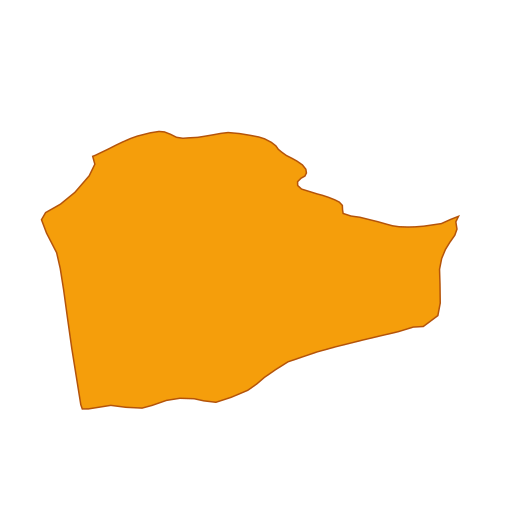 the district of Louetsi-Bibaka, Ngounié, Gabon, rotated 81°
{"feature_id": "22940354B39129548134605", "entity_name": "Louetsi-Bibaka", "entity_type": "district", "adm_level": 2, "iso_a3": "GAB", "parent_name": "Gabon", "parent_adm1": "Ngounié", "projection": "equal_earth", "projection_center": [12.206, -2.115], "detail": "fine", "context": "isolated", "style": "filled", "palette": "amber", "viewbox_px": 512, "rotation_deg": 81, "n_neighbors": 0, "source": "geoboundaries", "source_scale": "gbopen_adm2", "svg_char_len": 1486}
<svg xmlns="http://www.w3.org/2000/svg" viewBox="0 0 512 512"><g transform="rotate(81 256 256)"><path d="M248.5,49.8L250.3,58.0L253.0,67.9L252.8,85.6L252.1,94.3L251.2,101.2L249.5,110.1L247.5,116.5L245.0,122.1L241.1,130.5L238.2,137.4L234.0,147.3L231.4,155.9L227.6,163.3L224.1,163.3L219.5,162.8L215.8,165.3L212.9,169.3L209.4,175.2L206.5,180.8L204.3,185.8L199.9,194.7L197.0,200.6L192.9,203.8L189.1,203.3L186.2,199.3L184.7,195.2L181.9,193.2L178.1,193.2L173.3,195.9L168.6,200.8L165.3,205.0L161.4,210.4L157.4,214.4L154.1,217.3L150.4,219.1L146.2,223.0L141.6,229.2L138.9,234.6L136.1,242.3L132.5,253.1L129.7,264.2L129.4,271.4L129.6,279.5L129.7,287.9L129.7,295.0L128.8,303.7L128.3,309.8L126.3,316.0L122.4,321.4L119.1,327.1L117.8,332.3L117.8,341.1L119.0,354.4L120.3,361.4L122.4,369.5L124.5,376.6L127.6,386.2L129.7,393.3L131.4,398.9L132.0,401.7L140.1,400.8L150.7,408.2L164.8,424.9L174.2,441.0L180.2,457.0L186.6,462.2L200.6,459.3L221.5,452.4L237.7,451.3L259.5,451.3L288.1,451.9L317.9,452.4L375.5,452.3L379.9,451.5L380.8,445.4L380.8,430.9L380.8,422.8L385.1,408.1L388.4,392.3L387.3,382.0L384.6,367.0L384.6,353.4L387.3,339.4L390.9,330.2L394.2,318.5L391.7,302.7L387.3,285.0L382.4,275.1L377.2,266.7L371.2,254.2L365.5,240.9L363.1,227.0L360.3,210.8L358.1,191.3L355.7,163.8L354.3,145.4L353.0,127.3L350.8,111.9L351.8,101.8L343.3,85.7L331.3,81.4L312.7,78.7L297.8,76.8L287.5,73.0L279.2,67.9L272.9,62.5L266.6,56.4L260.9,53.3L253.5,53.3L248.5,49.8Z" fill="#f59e0b" stroke="#b45309" stroke-width="1.5"/></g></svg>